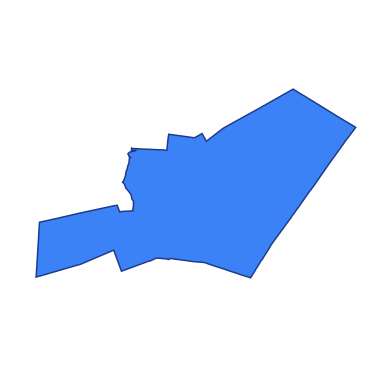 Valcelele, Buzau, Romania (Mercator projection), rotated 198°
{"feature_id": "2599482B18709155203204", "entity_name": "Valcelele", "entity_type": "district", "adm_level": 2, "iso_a3": "ROU", "parent_name": "Romania", "parent_adm1": "Buzau", "projection": "mercator", "projection_center": [27.37, 45.349], "detail": "fine", "context": "isolated", "style": "filled", "palette": "blue", "viewbox_px": 384, "rotation_deg": 198, "n_neighbors": 0, "source": "geoboundaries", "source_scale": "gbopen_adm2", "svg_char_len": 2823}
<svg xmlns="http://www.w3.org/2000/svg" viewBox="0 0 384 384"><g transform="rotate(198 192 192)"><path d="M205.8,244.9L206.2,244.7L206.8,244.3L207.2,244.2L207.3,244.1L207.5,244.1L208.1,244.0L214.9,242.8L220.0,241.9L226.5,240.7L232.0,239.7L230.9,233.5L228.8,223.8L232.0,223.2L236.0,222.1L251.5,217.8L261.1,215.2L261.8,215.1L262.1,215.1L262.6,215.1L263.0,215.1L262.9,214.8L262.8,214.1L262.6,213.4L262.5,212.8L261.7,213.0L261.0,213.2L259.8,213.7L259.2,213.8L258.7,214.0L258.4,213.9L258.5,213.8L258.9,213.4L260.3,212.7L261.2,212.1L262.4,211.4L263.2,210.9L263.8,210.3L264.5,209.1L264.7,208.6L263.4,206.8L262.4,206.1L261.1,206.1L261.0,205.9L261.3,205.5L261.8,205.2L262.0,204.8L260.9,199.9L261.1,197.1L260.9,194.9L260.7,193.9L261.0,192.3L260.9,190.7L260.8,190.0L260.3,186.5L260.3,184.9L260.5,181.7L261.1,179.9L258.9,178.7L257.1,176.6L256.3,175.3L254.5,174.4L251.1,172.1L250.1,171.4L249.2,170.6L246.9,166.7L245.9,165.9L244.7,165.1L244.2,162.8L243.5,161.2L243.0,158.5L242.9,156.9L242.4,155.8L253.0,151.7L254.6,150.7L259.1,156.3L263.7,153.8L293.8,136.3L302.7,130.9L308.8,127.3L309.7,126.7L315.3,123.4L317.0,122.4L317.5,122.1L319.6,120.8L322.4,119.2L326.5,116.8L327.7,116.1L327.5,115.4L327.1,113.8L325.9,109.0L323.7,100.8L320.8,89.4L317.9,78.3L317.5,76.7L316.9,74.5L314.9,66.6L314.5,64.8L314.1,63.4L314.0,62.9L306.0,68.2L302.0,71.0L293.6,76.7L289.1,79.8L279.2,86.5L275.7,88.8L248.5,112.5L237.2,98.2L234.6,94.9L211.2,113.3L210.4,113.5L206.2,117.5L205.9,117.9L205.4,118.1L202.3,119.0L195.4,120.5L193.9,120.5L193.4,120.6L193.0,120.7L192.5,122.0L191.2,122.2L176.4,125.0L172.0,125.7L166.6,126.8L159.3,128.6L157.8,128.8L152.4,128.6L138.5,128.6L130.8,128.5L124.8,128.5L122.5,128.5L121.7,128.4L121.0,128.4L120.8,128.4L120.6,128.4L119.7,128.4L119.0,128.4L117.7,128.4L110.9,128.5L110.1,128.5L109.8,128.5L109.7,128.5L109.7,128.9L109.4,129.9L109.0,131.7L107.9,135.9L107.3,138.7L106.9,140.2L106.1,143.4L105.1,148.0L104.6,148.9L104.2,150.3L103.9,151.7L103.2,154.5L102.9,155.6L102.6,156.6L101.9,159.4L101.7,160.4L101.3,161.8L100.9,163.4L100.8,163.8L100.8,164.6L100.8,164.8L100.6,165.6L100.3,166.4L99.8,168.1L99.2,170.0L93.3,187.9L92.0,191.9L89.8,198.4L89.4,200.2L88.2,203.7L87.5,206.0L87.0,207.5L86.0,210.6L84.7,214.8L81.9,224.0L80.4,228.9L80.0,229.6L79.1,232.4L78.0,235.6L77.6,237.1L74.4,247.7L71.8,256.3L71.0,259.1L70.7,260.0L70.4,261.2L68.7,266.3L66.2,274.1L63.7,281.9L62.7,285.0L61.9,287.8L61.2,289.9L59.7,293.9L58.9,296.3L57.4,300.7L56.3,304.1L65.0,306.1L66.1,306.3L71.4,307.5L74.7,308.3L77.3,308.9L79.5,309.5L82.8,310.3L85.8,311.0L89.2,311.8L91.6,312.4L94.4,313.1L96.9,313.7L101.5,314.8L105.5,315.8L110.3,316.9L112.9,317.6L116.0,318.3L117.2,318.5L118.8,318.9L123.4,320.0L126.0,320.7L127.6,321.1L155.1,291.1L171.7,273.4L180.7,263.7L182.3,261.9L194.0,244.7L200.5,250.7L205.8,244.9Z" fill="#3b82f6" stroke="#1e3a8a" stroke-width="1.5"/></g></svg>